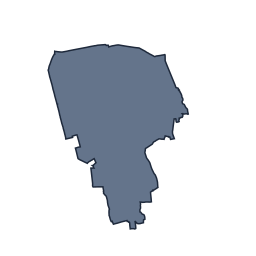 Vladaia, Mehedinti, Romania, rotated 70°
{"feature_id": "2599482B98574489737850", "entity_name": "Vladaia", "entity_type": "district", "adm_level": 2, "iso_a3": "ROU", "parent_name": "Romania", "parent_adm1": "Mehedinti", "projection": "robinson", "projection_center": [23.037, 44.369], "detail": "fine", "context": "isolated", "style": "filled", "palette": "slate", "viewbox_px": 256, "rotation_deg": 70, "n_neighbors": 0, "source": "geoboundaries", "source_scale": "gbopen_adm2", "svg_char_len": 5689}
<svg xmlns="http://www.w3.org/2000/svg" viewBox="0 0 256 256"><g transform="rotate(70 128 128)"><path d="M213.4,174.6L213.5,173.1L213.8,170.3L214.0,166.2L214.2,164.4L214.6,160.6L215.6,160.7L215.8,160.0L216.0,159.8L216.2,159.6L216.7,159.6L216.8,159.1L217.0,158.9L217.7,158.9L220.1,159.6L223.6,160.4L223.7,159.5L224.2,158.0L224.4,157.4L224.6,157.0L225.2,156.2L225.2,155.9L225.2,155.7L225.1,155.1L224.1,154.7L220.3,153.7L218.7,153.4L218.4,153.4L218.3,153.2L219.5,152.6L220.5,152.2L220.8,151.9L221.2,151.5L221.4,151.3L221.5,151.0L221.6,150.4L221.8,149.9L222.0,149.3L222.0,148.4L222.3,145.9L221.1,145.5L219.5,144.7L219.6,143.4L218.8,143.1L217.4,142.7L216.1,142.6L215.3,142.6L214.6,143.0L213.9,144.0L213.4,144.2L212.3,144.6L211.4,144.9L211.1,145.1L211.0,145.4L210.4,145.3L209.5,145.0L208.6,144.6L208.0,143.9L207.5,143.6L206.1,143.1L205.7,143.1L205.1,142.9L204.4,142.5L204.0,142.3L203.0,142.0L201.8,141.9L202.5,140.2L202.8,139.9L203.4,137.9L203.5,137.0L204.3,134.7L204.8,133.5L205.1,132.7L205.4,131.6L205.7,131.4L206.0,131.4L204.7,131.1L201.8,130.3L198.6,129.5L196.0,128.8L195.6,127.4L195.4,126.4L196.2,126.4L194.8,125.8L194.8,125.7L195.2,125.3L195.2,125.1L195.1,124.9L195.0,124.2L194.5,122.0L194.3,121.2L194.1,120.2L193.4,120.1L190.3,119.2L189.0,118.8L185.9,118.4L184.5,118.3L182.7,118.4L181.7,118.4L181.3,118.5L179.7,119.1L177.7,119.3L174.8,119.6L172.4,119.6L168.4,119.4L167.5,119.5L167.1,119.6L165.2,120.0L164.2,120.3L163.7,120.5L162.8,120.7L162.1,120.8L160.4,120.7L156.9,120.6L154.9,119.4L153.5,118.8L153.2,118.5L153.1,118.0L153.0,117.2L152.2,113.8L151.5,110.8L151.1,110.2L150.5,109.6L150.3,109.3L150.0,108.8L149.8,108.4L149.7,107.0L149.3,105.8L149.2,105.3L149.1,104.1L148.8,103.0L148.9,102.6L149.0,102.0L149.9,100.4L150.6,98.7L151.0,98.0L150.0,97.3L149.1,96.3L148.4,95.9L148.2,95.8L148.4,95.4L149.4,93.9L149.6,93.7L149.9,92.8L150.4,92.9L150.8,91.8L153.3,91.9L153.9,88.1L150.7,88.1L149.4,88.1L148.8,88.1L147.0,87.6L146.5,87.4L145.3,86.8L145.3,86.7L142.5,85.3L135.6,81.7L135.2,81.5L135.5,80.7L135.6,80.3L135.6,80.1L135.9,79.9L136.1,79.9L136.5,80.1L137.0,80.2L137.5,80.4L137.8,80.5L139.0,80.5L139.2,80.3L139.3,80.2L139.3,79.8L139.5,78.6L139.5,78.0L139.4,77.7L138.8,77.7L138.3,77.6L137.0,76.7L136.3,76.6L136.4,75.6L136.4,75.2L136.2,74.9L136.3,73.8L136.5,73.7L136.5,73.4L136.4,73.3L136.3,73.2L136.0,72.8L135.8,72.7L135.5,72.4L134.4,72.0L133.3,72.1L133.1,72.2L133.2,71.6L133.4,71.3L133.7,71.2L133.8,71.1L134.0,70.8L134.1,70.5L134.3,69.3L134.5,68.6L134.7,68.1L135.3,67.3L135.5,67.0L135.8,66.8L136.1,66.7L132.5,66.2L131.0,65.8L130.6,65.8L129.9,66.0L128.8,66.6L128.3,66.7L127.7,66.8L125.9,67.0L125.2,67.1L124.9,67.3L123.9,68.3L123.6,68.4L122.1,68.3L121.7,68.2L121.3,67.8L121.1,67.4L120.7,67.0L120.5,66.8L119.2,66.5L118.6,66.5L117.6,66.8L116.3,66.5L115.4,66.4L114.3,66.4L113.5,66.6L113.3,66.5L113.2,66.5L112.4,66.8L111.3,66.7L110.8,67.1L110.6,67.1L110.4,67.1L110.2,67.0L110.0,66.9L109.8,66.8L109.7,66.9L109.8,67.3L109.7,67.5L109.3,67.6L109.1,67.4L108.4,67.2L108.0,67.2L107.4,67.6L107.1,68.2L106.4,69.1L103.4,69.1L81.3,70.0L77.6,70.1L72.7,68.4L71.8,68.2L71.6,68.3L71.6,68.9L71.1,71.4L71.0,72.2L70.7,73.9L70.6,74.0L70.5,74.8L70.0,76.9L70.1,78.2L70.0,78.5L69.8,78.8L68.5,79.9L66.7,81.5L65.6,82.6L64.8,83.1L63.7,84.1L63.5,84.4L62.8,84.9L62.0,85.4L56.6,90.2L54.8,93.9L51.1,100.7L49.6,103.4L46.7,108.5L46.3,109.8L46.0,111.4L45.8,112.8L45.4,114.8L45.3,116.6L45.2,118.4L44.9,118.4L43.5,118.2L43.4,118.3L43.1,119.4L43.0,120.2L42.2,120.4L41.9,120.7L41.7,121.3L41.4,122.5L40.6,125.3L39.8,128.3L39.7,129.1L39.6,130.1L39.4,130.7L38.6,135.3L38.1,139.0L36.6,148.2L36.1,151.3L35.2,157.0L34.9,159.4L34.1,164.0L33.6,165.2L32.3,167.9L31.5,169.4L31.4,169.6L31.3,169.9L30.8,170.6L33.0,171.5L33.6,171.6L33.5,172.1L34.2,172.9L35.1,174.0L36.5,175.4L37.7,176.5L39.4,177.9L40.9,179.1L42.9,180.9L44.5,181.9L45.4,182.4L46.1,183.1L46.6,183.3L47.4,183.3L51.2,183.8L52.3,183.9L52.5,184.0L53.7,184.1L54.4,184.1L59.5,184.5L61.2,184.6L62.9,184.8L64.6,185.0L65.8,185.2L67.6,185.3L71.2,185.6L72.5,185.8L79.9,186.4L80.7,186.5L81.1,186.6L81.5,186.1L81.7,186.3L82.1,186.5L82.4,186.5L82.7,186.7L83.8,186.8L85.0,186.9L85.6,186.9L86.2,186.9L86.7,187.1L87.7,187.1L90.1,187.4L90.9,187.5L91.4,187.6L92.8,187.8L94.0,187.8L94.6,188.0L97.1,188.2L99.1,188.4L100.9,188.6L105.4,188.8L106.3,189.0L108.2,189.1L110.6,189.3L111.8,189.5L113.4,189.6L115.1,189.8L116.1,189.9L116.3,190.1L117.1,190.2L117.9,183.3L116.7,183.2L116.7,181.5L116.8,179.4L117.0,178.3L123.0,178.7L126.5,179.0L129.4,179.3L129.2,180.4L129.0,181.8L129.0,183.1L128.9,183.8L128.9,184.3L131.3,184.5L134.1,184.8L139.3,185.4L139.7,185.4L140.0,185.2L140.9,184.5L141.6,183.9L142.1,183.4L142.6,182.9L143.3,182.2L145.3,180.3L146.7,178.9L147.2,178.4L147.3,178.3L146.9,177.8L146.6,176.9L146.3,176.2L146.2,175.3L146.2,174.9L145.9,174.1L145.8,172.9L145.3,171.0L145.2,170.3L149.7,170.0L150.0,170.9L150.4,171.7L150.5,171.9L151.1,173.4L151.2,173.9L151.1,174.3L151.6,174.0L152.0,173.6L153.2,174.0L153.6,173.8L154.0,173.7L153.8,174.3L153.0,176.6L166.0,179.7L166.3,179.8L167.2,180.0L168.3,180.3L169.1,180.6L169.7,180.9L170.2,181.0L170.6,181.1L171.1,181.0L171.4,181.0L171.6,180.6L172.9,176.7L174.7,171.7L175.1,171.8L175.7,171.9L176.4,172.0L176.9,172.1L177.7,172.2L178.7,172.4L179.1,172.8L179.6,172.7L180.0,172.8L180.8,173.3L182.0,172.9L182.4,172.9L183.5,172.3L184.7,171.8L186.2,171.9L188.6,172.1L189.6,172.3L191.0,172.7L193.8,173.2L196.9,173.2L197.3,173.1L197.6,173.2L197.7,173.3L197.9,173.3L197.9,173.5L198.2,173.6L198.3,173.6L198.5,173.6L199.3,174.2L199.8,174.3L200.1,174.5L200.6,174.5L200.8,174.7L200.9,174.8L203.3,175.5L203.5,175.6L203.8,175.7L204.4,175.6L206.9,175.8L208.1,175.9L210.2,175.8L210.3,175.7L210.5,175.4L210.3,174.8L213.4,174.6Z" fill="#64748b" stroke="#1e293b" stroke-width="1.5"/></g></svg>